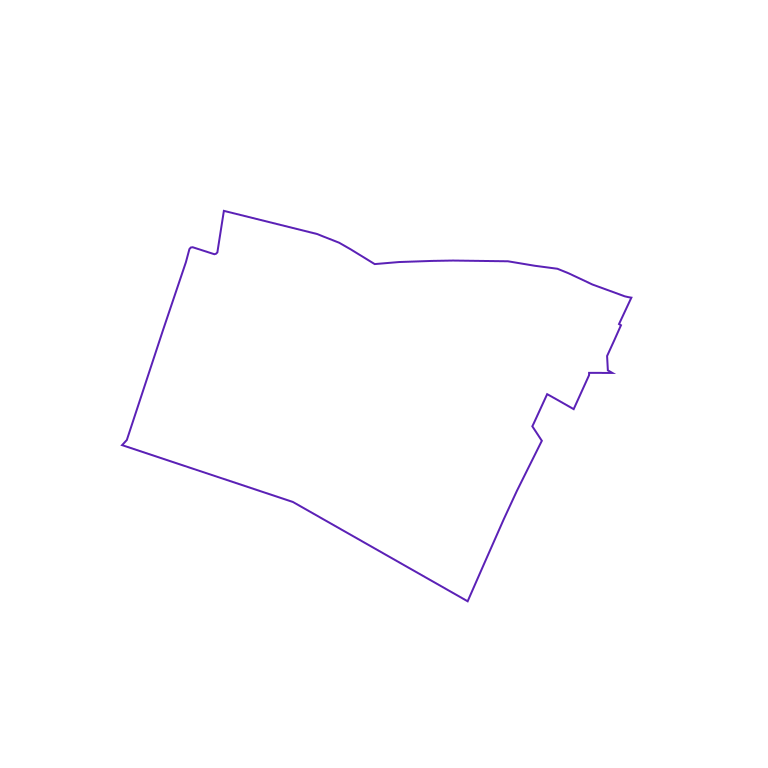 Malvinas Argentinas, Buenos Aires, Argentina (Equal Earth projection), rotated 150°
{"feature_id": "61730980B61518535175442", "entity_name": "Malvinas Argentinas", "entity_type": "district", "adm_level": 2, "iso_a3": "ARG", "parent_name": "Argentina", "parent_adm1": "Buenos Aires", "projection": "equal_earth", "projection_center": [-58.734, -34.486], "detail": "fine", "context": "isolated", "style": "outline", "palette": "violet", "viewbox_px": 768, "rotation_deg": 150, "n_neighbors": 0, "source": "geoboundaries", "source_scale": "gbopen_adm2", "svg_char_len": 742}
<svg xmlns="http://www.w3.org/2000/svg" viewBox="0 0 768 768"><g transform="rotate(150 384 384)"><path d="M363.0,542.3L366.8,547.2L436.1,614.0L462.5,581.3L464.3,580.8L466.0,581.2L481.3,598.1L483.1,598.8L485.1,598.1L494.7,588.5L548.4,541.2L634.7,464.1L641.4,462.0L521.9,327.4L420.2,154.0L387.0,178.4L347.9,207.0L322.5,224.9L302.3,238.3L275.7,255.9L276.7,273.2L273.9,275.1L247.8,293.6L246.3,291.2L232.3,267.4L202.0,289.1L200.8,291.1L180.7,279.4L183.3,283.9L176.8,296.7L162.2,307.1L149.4,316.4L150.5,318.4L126.6,335.1L128.9,337.0L131.7,339.6L153.8,366.0L168.8,387.6L176.2,397.1L194.3,411.0L215.3,428.3L262.5,456.4L280.9,466.6L310.0,482.1L332.1,492.5L345.7,517.6L352.3,528.9L363.0,542.3Z" fill="none" stroke="#5b21b6" stroke-width="2"/></g></svg>